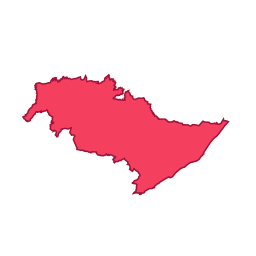 Alto Lucero de Gutiérrez Barrios, Veracruz, Mexico (Equal Earth projection), rotated 75°
{"feature_id": "50627088B6461377547607", "entity_name": "Alto Lucero de Gutiérrez Barrios", "entity_type": "district", "adm_level": 2, "iso_a3": "MEX", "parent_name": "Mexico", "parent_adm1": "Veracruz", "projection": "equal_earth", "projection_center": [-96.611, 19.729], "detail": "fine", "context": "isolated", "style": "filled", "palette": "rose", "viewbox_px": 256, "rotation_deg": 75, "n_neighbors": 0, "source": "geoboundaries", "source_scale": "gbopen_adm2", "svg_char_len": 5853}
<svg xmlns="http://www.w3.org/2000/svg" viewBox="0 0 256 256"><g transform="rotate(75 128 128)"><path d="M192.6,139.7L192.6,137.7L193.4,134.7L194.8,133.6L194.2,133.9L193.7,133.3L194.4,132.1L194.0,131.5L195.3,132.8L194.9,134.6L195.4,133.2L195.3,132.6L194.5,131.3L194.8,129.6L194.4,128.6L193.5,128.4L192.1,122.9L192.5,121.5L192.7,120.3L192.3,119.5L192.6,118.5L192.4,117.9L191.8,118.3L191.3,117.6L189.6,114.2L189.5,112.7L188.6,111.2L186.6,104.6L185.9,101.6L186.1,100.6L186.8,100.4L187.0,99.6L186.5,97.5L183.8,94.0L181.0,88.1L180.4,85.3L180.5,83.7L178.4,79.4L177.6,76.9L177.6,71.3L177.5,69.6L176.7,67.5L174.3,64.6L173.9,63.4L172.7,62.0L172.7,61.5L171.6,61.5L163.7,52.7L160.7,48.6L159.2,45.7L159.1,44.9L157.2,42.0L150.6,33.6L147.9,29.4L146.6,31.1L145.8,33.5L144.1,33.5L147.3,36.7L147.9,37.9L147.7,38.9L148.0,39.4L147.4,40.7L146.9,40.5L145.8,40.9L146.5,42.7L145.8,43.1L145.6,45.6L145.2,46.7L144.7,47.5L143.5,48.2L142.2,52.1L140.8,53.9L144.1,58.9L143.0,60.7L141.6,64.3L141.5,65.1L142.1,65.9L142.2,67.6L140.6,69.0L139.1,74.2L137.7,74.3L136.3,77.6L135.6,77.9L135.2,78.9L134.6,79.1L134.9,79.7L134.2,80.3L134.0,80.9L132.9,81.6L133.2,82.8L133.6,83.2L132.8,87.3L131.8,87.7L131.6,88.4L130.3,88.6L129.8,89.5L129.1,89.6L127.4,96.1L126.6,95.9L126.3,96.7L125.6,96.6L123.7,97.7L123.5,99.2L122.0,98.9L121.5,99.8L120.7,99.4L120.5,100.2L119.5,99.8L118.7,100.7L118.0,100.3L116.5,101.3L115.5,100.9L114.2,101.5L112.9,100.6L111.9,100.7L111.0,99.9L109.6,102.9L107.8,102.2L105.9,104.6L103.9,104.6L102.9,105.0L103.0,106.7L101.8,110.2L102.3,113.7L101.3,115.3L99.4,115.7L98.6,115.3L97.2,117.3L96.6,117.0L94.4,117.4L92.8,118.5L92.1,117.8L92.1,118.5L92.7,119.7L92.6,121.0L93.4,121.1L93.4,121.6L95.6,122.7L97.7,122.8L98.2,124.0L99.8,123.5L100.4,123.9L100.0,125.0L99.3,125.6L99.6,125.6L99.3,127.3L98.3,128.3L98.6,128.7L98.2,129.3L98.2,130.4L97.3,131.2L96.7,132.6L96.7,133.3L96.0,133.9L95.8,134.5L94.8,133.8L94.7,132.2L93.6,131.4L93.4,130.4L93.8,129.7L93.6,129.4L94.0,129.3L94.2,127.7L93.2,126.2L93.5,126.0L93.7,124.7L93.1,123.7L92.1,124.0L91.4,123.5L90.7,123.9L90.4,122.6L89.6,122.0L88.7,123.5L87.8,123.4L87.5,124.9L87.0,125.0L87.3,125.5L87.0,126.0L87.0,126.9L88.4,127.7L87.5,129.9L87.9,130.6L87.4,131.0L87.5,131.9L86.6,131.6L85.5,129.2L84.7,129.3L84.9,129.9L84.6,130.1L83.7,130.0L83.0,130.4L82.5,129.3L80.9,128.2L80.1,129.1L79.5,128.6L79.3,129.2L78.9,129.3L79.1,129.7L78.7,130.4L77.2,129.4L76.7,129.8L76.9,132.0L76.8,132.7L76.5,132.4L76.6,133.1L74.5,132.8L73.9,133.0L73.7,133.6L72.6,132.6L71.7,132.8L73.5,136.7L74.0,136.5L73.7,137.1L73.9,137.4L74.6,137.9L75.3,137.9L76.4,138.9L76.6,140.5L77.6,143.0L77.5,145.0L77.1,145.7L77.1,144.8L75.4,144.7L74.7,148.3L74.2,148.7L74.3,149.7L73.0,150.8L72.5,153.6L72.6,155.6L71.0,155.7L69.0,155.1L66.6,155.5L69.5,157.9L69.9,159.4L69.0,160.8L66.3,160.8L66.4,163.3L66.9,165.2L66.5,166.3L66.4,170.3L65.0,171.6L65.0,172.4L64.3,173.5L64.3,174.7L63.9,174.7L63.3,173.7L63.1,173.8L63.0,174.9L63.7,176.5L61.7,176.9L61.9,178.0L62.5,178.2L62.2,178.3L62.9,178.3L63.8,179.1L63.2,179.9L64.2,180.5L64.0,181.8L64.6,181.6L64.5,182.4L65.4,182.7L65.2,183.7L64.7,183.5L63.5,184.3L62.7,184.3L62.6,185.0L62.1,184.8L62.8,185.7L61.7,185.5L60.8,184.7L60.6,185.0L60.7,187.1L61.3,186.7L62.8,188.0L62.8,188.5L61.2,188.5L62.1,189.8L63.9,191.3L64.3,192.2L63.7,193.2L64.0,195.9L63.5,197.2L63.7,198.5L61.3,202.1L61.3,204.9L61.7,205.3L61.6,205.7L63.1,207.0L63.6,206.7L63.8,206.0L64.3,206.7L64.7,206.5L64.9,206.9L65.3,206.4L66.1,207.6L65.9,206.8L66.7,206.7L66.8,207.1L67.2,206.5L67.5,206.8L69.5,206.7L70.7,207.3L71.8,206.9L73.5,207.9L73.7,207.7L75.5,208.5L76.4,208.4L76.6,209.3L77.5,209.8L78.0,209.5L79.4,210.3L80.5,210.3L80.6,210.7L80.2,211.3L80.8,212.0L81.1,212.9L80.7,213.3L81.2,214.3L83.0,215.3L83.6,217.1L84.8,219.0L86.1,220.2L86.7,220.1L88.3,222.1L88.7,223.4L89.2,223.4L88.9,223.7L89.7,223.9L90.0,224.5L89.9,225.9L90.2,226.6L91.1,226.1L92.1,226.1L92.8,225.2L94.6,224.6L94.9,223.6L95.4,223.8L95.9,223.1L95.5,220.5L94.2,219.9L92.6,217.1L91.9,216.8L90.8,215.2L90.6,214.3L88.7,212.8L88.7,211.7L89.3,211.5L89.4,211.0L89.3,209.4L89.5,208.5L89.0,207.5L89.6,207.4L90.3,208.2L90.5,207.8L90.0,206.7L90.1,205.8L89.9,205.5L90.2,202.6L89.5,201.7L90.8,201.2L92.1,201.4L93.0,200.7L94.4,200.9L94.8,200.4L95.2,200.5L98.0,197.8L98.9,198.6L100.5,198.8L101.3,200.0L102.2,200.3L102.3,200.0L102.5,200.5L103.3,199.5L103.4,200.5L104.0,200.8L103.5,198.6L104.0,198.8L104.9,202.4L106.2,202.3L106.6,202.8L107.5,202.7L108.7,203.4L111.0,201.8L111.4,201.0L111.3,200.6L111.7,200.8L111.4,200.1L111.8,200.1L111.8,199.1L112.1,198.6L113.2,198.2L114.6,198.8L115.9,200.0L117.0,199.1L117.5,199.3L118.1,199.0L118.1,198.1L114.9,196.2L114.7,195.2L114.3,195.1L113.6,193.7L112.3,192.7L112.3,192.1L111.9,192.2L112.1,188.8L113.4,186.3L113.2,182.9L117.4,185.4L120.4,184.3L120.4,183.2L120.8,182.1L122.1,181.4L122.7,182.2L125.1,183.8L134.3,182.4L135.5,182.9L137.2,179.4L137.5,178.0L138.3,176.5L138.9,176.4L139.5,175.4L140.0,173.3L141.0,172.4L141.7,170.8L142.3,170.4L142.3,169.4L141.8,169.3L141.7,168.9L143.0,164.9L144.2,165.0L145.2,164.4L145.8,164.5L146.9,162.9L146.9,161.8L147.7,161.4L148.0,159.8L148.4,159.3L148.2,157.8L148.5,157.4L147.5,155.8L148.5,155.5L148.4,154.3L149.1,154.6L149.3,154.4L149.0,153.3L149.6,152.9L149.4,152.0L149.7,150.9L151.2,149.5L151.5,148.8L152.1,148.7L152.7,147.5L153.4,147.8L153.3,149.3L154.7,150.8L155.5,149.9L157.4,150.5L158.1,150.1L157.2,148.6L157.8,146.4L157.2,144.6L157.6,143.0L157.2,142.6L156.4,139.4L157.8,139.2L161.0,136.8L161.9,137.3L163.0,136.8L163.2,137.6L164.1,136.2L164.6,136.1L166.6,136.1L168.4,137.1L168.5,136.2L169.6,136.2L171.0,134.8L168.8,132.9L171.3,131.3L172.7,129.8L176.4,128.6L177.2,128.7L177.7,130.0L179.1,130.7L180.1,132.1L180.4,132.8L180.6,135.5L181.9,137.0L182.0,137.8L182.6,138.0L184.1,134.6L185.1,134.0L187.2,135.2L188.9,135.4L189.5,136.2L190.1,136.1L191.2,136.8L191.3,137.4L191.6,137.4L191.8,138.8L192.6,139.7Z" fill="#f43f5e" stroke="#9f1239" stroke-width="1.5"/></g></svg>